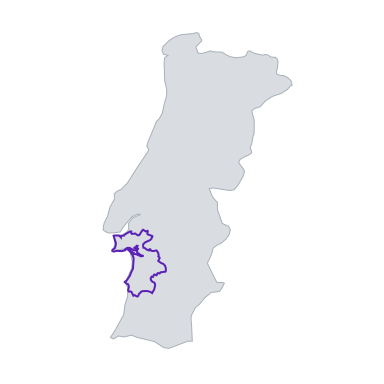 Setúbal highlighted on a map of Portugal, rotated 9°
{"feature_id": "PRT-5498", "entity_name": "Setúbal", "entity_type": "District", "adm_level": 1, "iso_a3": "PRT", "parent_name": "Portugal", "parent_adm1": "", "projection": "robinson", "projection_center": [-8.638, 38.295], "detail": "medium", "context": "in_parent", "style": "outline", "palette": "violet", "viewbox_px": 384, "rotation_deg": 9, "n_neighbors": 0, "source": "natural_earth", "source_scale": "10m", "svg_char_len": 4180}
<svg xmlns="http://www.w3.org/2000/svg" viewBox="0 0 384 384"><g transform="rotate(9 192 192)"><path d="M145.7,46.0L150.4,41.8L155.1,39.1L157.6,38.1L168.4,35.3L171.2,33.9L173.9,34.2L174.3,35.5L175.8,38.1L177.6,39.9L178.0,41.2L173.9,46.8L173.3,48.7L175.5,52.4L175.9,53.4L176.9,53.9L179.8,53.7L185.0,51.4L188.5,49.5L189.7,50.3L199.9,49.2L202.3,50.1L203.9,51.1L208.9,52.4L214.3,52.6L221.1,50.7L224.0,48.8L224.6,46.7L224.7,45.1L225.6,44.1L227.1,43.5L229.5,44.6L232.9,45.4L241.2,45.7L242.8,44.6L245.6,44.9L249.3,46.4L253.5,45.9L255.7,47.7L256.6,50.1L256.9,55.3L256.6,60.5L257.5,62.4L260.4,62.9L265.0,62.9L269.2,64.3L272.5,66.8L273.6,69.3L274.1,71.0L272.5,72.0L270.3,75.8L264.6,80.7L256.5,85.0L250.3,90.5L246.1,97.1L240.7,99.8L239.1,101.3L238.5,103.1L242.1,111.1L243.2,117.3L244.2,124.9L243.6,127.0L243.4,135.4L242.6,137.8L242.8,139.8L244.2,141.9L244.8,143.9L242.3,146.5L237.8,149.5L234.5,152.2L233.6,154.7L233.9,156.2L239.5,161.5L240.6,163.6L239.9,168.9L236.7,177.4L233.6,182.7L233.1,183.2L229.5,184.6L212.5,184.7L208.4,185.9L209.0,186.9L213.0,193.6L217.2,197.2L218.6,198.0L220.1,205.9L226.9,218.4L233.5,220.2L235.8,223.3L235.4,227.7L233.4,232.5L229.4,237.5L224.6,241.0L221.5,244.4L221.3,248.5L220.3,253.6L218.8,257.6L218.5,260.3L230.6,277.4L237.3,276.6L238.2,277.0L237.0,281.1L234.9,285.8L232.4,286.7L226.7,288.2L221.2,294.4L216.9,301.8L213.6,305.4L210.6,314.2L211.0,318.0L212.5,323.9L215.6,339.3L211.2,340.0L193.8,350.0L188.4,350.1L178.3,345.6L160.5,344.2L154.7,342.9L147.5,345.8L141.9,345.7L137.4,349.4L134.2,348.4L137.9,340.1L143.7,323.8L143.4,313.8L144.8,305.1L143.2,296.5L140.4,291.1L144.3,277.2L143.9,270.1L140.3,261.0L151.1,262.4L147.8,258.8L144.5,256.6L141.3,257.1L138.6,256.9L129.4,260.5L124.8,261.5L123.4,260.9L123.9,255.3L121.6,248.0L125.2,246.1L129.5,245.5L133.2,242.4L135.4,239.0L134.3,232.8L137.4,226.9L144.9,222.0L141.0,222.7L136.6,225.8L129.7,237.0L127.4,242.7L121.5,244.5L116.2,245.5L113.4,244.9L110.2,243.4L109.9,239.2L110.2,235.9L112.4,229.2L113.3,219.9L116.4,211.4L116.2,209.2L115.4,205.9L118.2,202.6L121.6,200.5L126.8,193.2L134.2,176.1L142.6,157.9L141.9,155.7L140.1,154.0L140.8,149.1L145.9,127.8L148.0,125.1L150.3,118.8L150.9,108.8L151.8,101.9L151.6,98.4L150.8,94.2L147.6,86.2L144.3,69.3L144.0,63.7L146.8,60.8L142.2,60.4L140.2,56.8L140.7,52.7L145.7,46.0Z" fill="#d9dde1" stroke="#a8b0b8" stroke-width="1"/><path d="M144.3,299.3L144.5,296.1L144.2,294.7L143.3,293.1L141.7,292.8L139.6,291.5L139.8,291.0L141.0,290.2L143.6,284.8L144.6,280.4L145.7,277.0L144.7,266.4L143.4,263.9L140.4,260.8L138.6,259.4L137.2,258.8L138.0,258.1L139.1,258.5L141.0,260.1L144.4,261.5L144.5,262.3L146.6,262.2L151.7,263.5L154.2,262.7L151.4,262.4L147.7,260.7L147.2,260.1L146.8,258.4L146.9,257.6L147.6,256.8L147.6,256.3L146.9,256.1L146.4,255.3L146.2,254.5L146.6,253.8L145.8,253.7L144.8,255.6L143.8,255.9L143.8,256.3L144.9,256.5L145.4,257.4L145.4,258.4L145.0,258.8L142.8,258.5L139.0,256.9L136.6,257.4L134.3,259.9L134.7,260.2L131.8,261.4L126.8,261.9L124.1,263.1L122.5,262.7L122.5,261.5L124.6,259.4L124.9,257.4L124.9,254.5L121.4,247.5L122.4,247.0L126.9,246.5L128.8,247.9L128.5,246.6L131.6,245.7L131.6,245.3L133.2,243.7L137.0,240.7L137.8,240.5L138.2,240.5L138.4,242.2L139.3,242.8L142.3,241.9L145.2,243.2L146.4,243.0L147.1,242.0L147.9,239.8L149.4,237.0L149.7,236.9L152.4,238.2L154.2,237.3L154.5,237.7L154.4,240.2L154.9,240.8L159.4,241.6L159.7,241.7L159.9,242.4L159.3,243.4L159.3,244.5L158.1,246.1L153.8,248.9L152.0,251.1L152.0,252.2L152.7,254.6L154.2,254.8L156.1,255.9L158.8,256.5L159.1,256.3L159.0,255.3L159.2,255.1L159.7,255.1L160.5,256.0L161.6,256.5L163.1,256.4L165.9,255.3L166.4,255.5L168.3,257.7L169.0,260.0L168.8,260.9L170.2,261.8L170.4,262.3L169.4,265.3L172.6,267.0L174.9,267.5L176.9,269.0L178.1,271.5L178.5,274.1L178.3,274.8L173.4,276.3L172.8,277.5L171.0,277.4L170.5,278.1L170.1,279.7L169.7,279.9L168.1,279.3L167.4,279.7L166.7,282.0L165.5,281.8L165.2,282.3L164.7,283.9L165.1,285.2L166.8,286.8L168.7,287.3L169.4,287.8L170.2,289.7L169.9,294.2L168.4,298.1L166.7,297.2L163.1,296.8L158.6,297.7L157.2,298.5L156.9,299.4L155.7,300.7L155.1,303.1L154.8,303.5L154.0,303.8L151.3,302.8L150.3,303.6L147.8,300.1L146.9,299.8L145.4,300.3L144.3,299.3Z" fill="none" stroke="#5b21b6" stroke-width="2"/></g></svg>